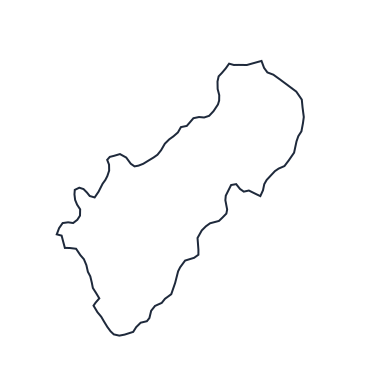 Umbuzeiro, Paraíba, Brazil, rotated 332°
{"feature_id": "56859067B44750581853344", "entity_name": "Umbuzeiro", "entity_type": "district", "adm_level": 2, "iso_a3": "BRA", "parent_name": "Brazil", "parent_adm1": "Paraíba", "projection": "robinson", "projection_center": [-35.745, -7.683], "detail": "fine", "context": "isolated", "style": "outline", "palette": "slate", "viewbox_px": 384, "rotation_deg": 332, "n_neighbors": 0, "source": "geoboundaries", "source_scale": "gbopen_adm2", "svg_char_len": 1822}
<svg xmlns="http://www.w3.org/2000/svg" viewBox="0 0 384 384"><g transform="rotate(332 192 192)"><path d="M212.7,129.5L207.5,132.8L201.9,134.1L196.7,134.8L190.7,136.6L184.3,140.6L179.0,142.9L174.3,143.5L168.8,143.8L162.2,144.2L157.1,143.6L153.3,142.4L151.2,138.3L150.1,130.7L146.2,124.7L139.9,123.4L135.9,122.4L132.2,123.8L131.6,128.9L128.9,134.2L124.7,138.2L121.1,140.7L117.0,142.7L109.6,147.9L103.5,151.1L99.8,147.5L99.0,143.2L97.6,138.5L94.5,135.3L89.5,135.1L87.1,138.9L85.1,144.1L84.6,149.2L85.1,154.8L82.0,160.3L77.7,162.7L72.5,163.6L68.4,160.6L63.2,158.7L57.7,161.5L52.7,165.9L56.4,169.3L55.4,173.5L53.5,181.7L57.7,184.0L63.0,187.7L63.8,195.4L65.0,200.6L64.4,207.0L62.6,213.6L62.6,218.7L61.0,224.9L59.4,230.2L59.9,236.6L60.2,242.4L55.0,244.4L51.7,246.1L52.1,253.9L53.3,259.6L53.5,264.9L53.9,271.4L54.7,276.8L56.1,281.0L60.4,284.7L65.6,286.3L74.4,287.9L79.3,285.1L85.3,283.3L91.5,284.9L95.2,283.3L100.2,277.7L105.9,275.2L113.2,275.7L118.0,273.6L125.7,272.5L134.4,264.4L142.5,255.5L146.2,252.9L153.7,249.3L163.0,251.1L168.2,250.4L170.6,245.9L175.3,235.2L182.6,230.5L188.2,228.8L193.3,228.1L202.2,230.2L206.5,229.0L212.2,227.2L214.8,224.0L217.6,214.9L220.1,211.1L229.8,204.2L234.7,205.8L235.8,211.8L237.9,216.0L242.9,217.4L248.0,224.5L250.4,227.7L255.5,223.8L259.5,219.0L263.6,216.4L269.7,214.3L275.0,212.5L279.5,212.0L285.8,212.5L292.3,209.5L300.6,205.2L308.1,196.3L312.1,192.6L317.1,189.8L322.3,183.3L325.9,178.3L329.4,169.0L332.3,162.0L331.7,156.5L331.2,152.3L322.3,133.5L318.9,126.6L314.7,121.8L313.9,116.2L314.9,108.9L300.0,105.6L293.1,101.8L288.6,99.5L285.0,96.1L279.8,98.7L274.3,100.9L269.8,102.4L266.4,106.4L263.0,113.1L261.5,119.3L258.9,124.0L256.0,126.9L249.0,130.7L242.9,132.8L237.7,131.9L233.4,129.1L227.9,127.5L223.1,129.4L218.4,131.2L212.7,129.5Z" fill="none" stroke="#1e293b" stroke-width="2"/></g></svg>